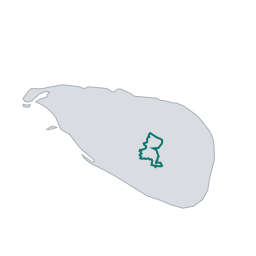 Mahanuvara highlighted on a map of Sri Lanka, rotated 306°
{"feature_id": "LKA-2448", "entity_name": "Mahanuvara", "entity_type": "District", "adm_level": 1, "iso_a3": "LKA", "parent_name": "Sri Lanka", "parent_adm1": "", "projection": "robinson", "projection_center": [80.641, 7.216], "detail": "coarse", "context": "in_parent", "style": "outline", "palette": "teal", "viewbox_px": 256, "rotation_deg": 306, "n_neighbors": 0, "source": "natural_earth", "source_scale": "10m", "svg_char_len": 1831}
<svg xmlns="http://www.w3.org/2000/svg" viewBox="0 0 256 256"><g transform="rotate(306 128 128)"><path d="M90.2,25.6L94.7,25.8L99.5,25.7L102.8,26.4L108.6,34.6L124.2,49.2L132.7,64.1L133.5,67.4L134.7,70.2L136.7,70.9L138.4,72.2L146.9,86.6L147.9,89.4L147.8,92.6L148.3,94.9L150.5,96.0L153.3,96.7L155.1,98.8L157.4,110.3L157.4,113.9L158.0,115.4L168.7,133.2L169.4,135.4L169.3,137.0L169.6,138.4L171.6,141.6L174.9,150.1L176.5,152.0L178.5,159.4L178.7,173.6L177.9,180.0L175.9,187.6L173.6,195.2L171.0,200.6L167.5,205.2L155.5,215.0L152.0,216.9L136.3,223.1L124.8,228.9L114.1,230.4L103.4,227.2L95.4,219.6L91.3,208.4L88.5,196.7L84.4,183.8L81.3,143.7L79.8,132.5L77.3,118.2L77.6,112.0L79.3,106.1L79.3,119.1L80.9,120.7L82.1,119.0L83.1,105.6L84.0,99.9L88.3,85.0L88.4,82.4L87.6,76.8L87.7,74.0L94.0,63.6L95.7,57.5L96.5,51.3L96.2,44.6L95.0,38.0L100.2,40.1L103.0,42.4L105.8,44.0L108.2,43.2L111.0,43.2L109.0,39.6L103.0,36.3L93.2,34.2L90.1,31.6L88.9,29.3L89.5,26.6L90.2,25.6ZM85.2,66.0L86.5,70.0L82.7,67.2L80.1,65.0L79.2,63.1L84.5,65.2L85.2,66.0ZM89.6,35.2L86.7,35.8L84.4,32.3L83.8,30.8L84.4,29.7L85.1,29.2L85.8,29.4L86.9,32.7L89.6,35.2Z" fill="#d9dde1" stroke="#a8b0b8" stroke-width="1"/><path d="M112.6,173.2L113.0,171.3L111.9,168.8L115.8,166.9L116.5,165.5L115.3,164.0L115.4,162.3L113.2,160.4L113.3,159.4L111.3,157.4L110.7,155.8L112.5,155.6L112.9,153.4L115.1,154.0L115.1,152.9L116.9,152.3L116.3,150.9L117.4,150.5L118.4,151.9L121.3,154.0L123.0,154.2L124.0,152.9L123.9,151.0L124.8,149.7L127.2,151.6L128.6,151.4L130.1,150.0L132.7,149.6L133.3,150.4L134.5,148.9L136.9,148.9L137.3,156.9L138.3,160.8L138.3,162.5L137.0,163.8L135.4,164.5L129.7,164.3L126.3,160.3L126.9,163.8L122.9,169.6L121.2,169.4L119.9,170.5L117.2,170.5L116.2,171.4L116.9,171.5L119.0,174.8L117.4,177.8L116.1,176.9L114.0,173.3L112.6,173.2Z" fill="none" stroke="#0f766e" stroke-width="2"/></g></svg>